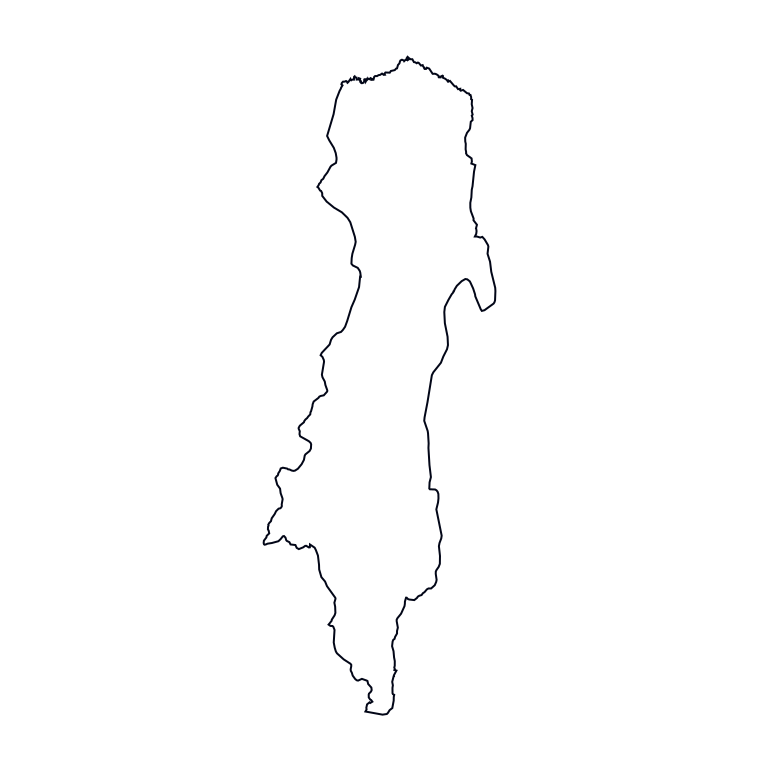 outline of Namentenga, Namentenga, Burkina Faso, rotated 189°
{"feature_id": "67063806B10845212636131", "entity_name": "Namentenga", "entity_type": "district", "adm_level": 2, "iso_a3": "BFA", "parent_name": "Burkina Faso", "parent_adm1": "Namentenga", "projection": "equal_earth", "projection_center": [-0.49, 13.239], "detail": "fine", "context": "isolated", "style": "outline", "palette": "ink", "viewbox_px": 768, "rotation_deg": 189, "n_neighbors": 0, "source": "geoboundaries", "source_scale": "gbopen_adm2", "svg_char_len": 6124}
<svg xmlns="http://www.w3.org/2000/svg" viewBox="0 0 768 768"><g transform="rotate(189 384 384)"><path d="M473.7,267.8L470.3,264.4L469.0,260.0L466.4,255.2L466.1,254.2L466.2,249.1L465.8,247.4L466.2,246.0L467.0,245.0L468.6,244.4L470.7,241.5L471.6,238.5L473.9,233.8L474.2,230.8L475.7,228.6L476.3,226.9L475.9,226.1L476.2,224.9L475.9,222.2L475.0,221.2L474.0,218.5L476.1,215.7L476.2,214.0L478.1,210.5L478.0,208.2L477.5,207.0L476.9,206.6L475.7,207.0L474.0,208.1L469.9,209.4L463.7,212.2L461.8,214.7L460.1,217.7L459.0,218.2L457.3,216.9L456.1,214.4L455.4,213.8L452.7,213.0L451.2,210.9L446.3,211.1L444.6,208.5L442.3,207.6L438.3,210.0L436.5,211.8L435.5,212.0L432.6,210.8L431.7,211.1L432.0,213.9L426.9,211.5L425.3,209.3L422.4,204.2L419.9,195.3L419.0,190.6L415.6,183.4L411.3,179.7L408.7,175.4L398.7,165.3L398.3,164.3L398.8,160.2L397.4,156.4L396.2,150.3L396.6,147.8L398.7,143.1L398.7,141.9L401.1,137.7L399.1,136.7L397.0,136.9L396.1,136.3L394.4,133.4L393.2,120.8L391.4,115.8L389.7,112.3L388.3,110.6L380.7,105.7L373.3,102.4L372.4,101.5L372.2,100.0L372.3,97.0L371.9,95.5L370.6,93.8L369.3,91.1L366.3,88.1L364.6,87.1L363.2,87.0L359.7,89.3L354.8,88.4L353.9,88.1L352.7,85.2L349.0,82.2L348.3,79.8L348.7,78.2L350.4,75.8L350.5,74.7L350.0,72.0L348.3,70.2L347.2,69.8L345.8,68.4L347.7,66.8L348.5,67.3L350.6,64.9L350.8,61.4L350.3,59.9L351.1,57.6L333.7,57.2L329.6,58.5L328.7,59.7L327.4,62.8L325.1,65.2L324.9,72.8L325.4,76.5L325.3,78.6L326.6,79.0L327.2,79.9L328.1,85.2L328.1,87.8L329.3,91.1L328.8,96.5L328.4,96.9L328.7,97.7L326.9,102.9L329.0,103.2L328.7,104.1L329.5,105.6L329.3,107.3L330.0,112.0L331.3,115.6L332.8,121.6L335.0,126.3L335.2,131.1L334.8,132.8L333.7,133.9L333.5,135.9L332.1,139.6L332.5,142.1L332.2,145.5L334.4,151.8L334.6,153.2L334.1,154.8L331.2,159.8L329.0,167.8L329.0,170.1L329.3,172.4L328.8,176.4L328.2,176.5L326.6,175.3L325.3,175.1L320.3,175.3L318.0,177.8L317.3,179.3L316.0,180.4L313.9,181.4L312.9,183.4L311.4,184.8L309.5,187.9L308.1,189.0L305.5,189.4L302.4,193.2L301.5,196.7L301.4,198.8L303.2,204.6L303.5,206.9L303.1,208.4L301.4,211.9L300.7,215.1L301.8,222.9L304.4,232.4L304.3,235.6L303.3,240.4L303.3,243.2L312.7,268.4L312.1,275.4L312.3,279.5L313.1,283.9L314.2,286.0L315.5,287.2L317.0,287.8L322.2,287.2L322.9,287.8L323.6,294.0L323.1,299.4L326.4,311.0L330.1,327.8L330.6,332.3L332.8,342.2L333.5,344.4L338.5,353.9L338.7,357.4L338.2,372.8L338.1,400.2L337.1,403.3L331.1,413.9L329.7,420.4L327.2,428.2L326.9,432.4L328.6,440.6L333.4,453.6L335.7,464.5L335.9,469.7L333.5,477.2L331.2,483.2L330.2,484.8L329.8,486.4L329.5,486.4L329.0,488.6L327.4,492.4L323.4,497.7L320.1,500.4L318.1,500.4L315.3,498.8L314.5,497.7L310.9,492.3L308.1,486.8L307.5,484.8L300.1,472.9L298.8,471.5L296.3,472.6L288.3,480.6L287.7,482.0L287.4,483.9L288.5,493.2L289.2,496.4L295.6,511.6L298.4,521.4L302.1,528.8L302.4,536.0L303.0,537.4L307.2,542.5L309.9,544.7L311.9,543.7L315.3,544.2L317.3,543.9L316.4,546.8L316.5,549.5L317.2,551.7L317.5,552.0L317.1,555.8L321.2,559.7L321.4,561.5L325.2,568.2L326.3,571.6L327.1,576.5L326.9,581.9L327.7,589.6L327.5,593.1L328.3,607.9L328.0,614.5L332.2,615.4L332.0,617.5L332.8,620.5L337.9,623.1L339.1,624.8L339.1,625.8L340.1,628.6L340.8,634.0L341.7,636.3L342.4,640.1L341.3,645.1L339.4,648.5L339.0,650.1L339.3,656.6L337.8,658.5L338.2,660.6L339.3,662.8L338.6,663.9L340.0,667.2L339.7,670.4L341.1,674.0L341.5,678.5L342.5,678.9L342.8,681.0L343.8,683.0L344.7,682.9L345.5,684.2L347.5,684.2L351.9,686.8L354.1,685.7L354.8,686.2L354.9,687.5L357.0,686.8L359.3,689.3L360.4,689.0L361.5,689.6L366.3,693.7L367.6,692.8L368.1,693.6L368.5,693.0L369.5,694.1L371.4,695.1L373.9,695.8L373.9,697.4L374.4,697.7L375.8,696.8L376.2,695.7L377.9,695.5L378.1,695.9L377.9,696.4L378.4,697.0L380.6,698.1L382.2,698.4L384.5,698.0L388.7,702.6L391.2,703.1L391.7,701.8L393.0,701.5L393.6,701.9L393.5,702.5L395.1,703.9L395.7,705.0L397.3,704.3L399.8,706.5L400.8,706.8L401.9,705.9L403.4,706.6L404.8,706.6L406.8,709.2L408.3,708.9L409.4,709.3L410.5,708.3L410.4,709.8L411.9,710.8L412.6,709.3L412.2,707.6L413.4,707.6L414.6,706.0L415.0,706.6L417.0,707.1L418.3,706.2L418.7,705.2L418.9,703.1L420.1,701.3L420.5,697.8L421.4,697.4L422.5,695.7L426.2,694.2L427.0,692.4L431.3,691.9L432.1,690.5L431.5,689.6L432.7,689.3L434.5,690.3L436.2,688.7L437.7,688.2L439.1,687.0L440.9,686.8L441.7,685.9L442.0,682.9L443.7,682.5L443.5,683.5L445.2,684.0L445.8,682.8L447.2,683.1L448.1,681.9L448.4,682.6L449.3,680.0L450.0,682.1L451.0,681.9L451.2,681.2L450.8,680.1L451.3,678.4L452.9,677.6L453.8,677.9L453.9,678.8L454.8,678.9L454.6,679.9L455.5,680.3L455.3,681.8L456.6,682.1L456.7,680.9L458.6,680.4L459.0,682.3L460.3,682.3L461.1,683.3L461.6,682.7L461.3,679.9L463.0,679.7L463.9,678.8L464.4,678.9L464.9,679.9L466.5,676.6L467.2,675.8L468.2,677.1L468.9,677.3L469.9,676.6L471.8,676.2L472.8,674.6L472.9,673.2L471.7,672.5L472.8,669.7L472.8,669.1L473.7,666.6L475.7,657.4L476.0,642.6L479.0,620.1L476.2,616.1L470.5,609.4L467.8,604.5L466.3,600.1L466.0,598.3L466.0,594.9L470.0,591.5L470.8,590.3L473.0,584.1L475.3,579.9L476.1,577.2L477.7,575.5L478.2,573.1L479.4,571.6L479.7,570.0L480.6,568.2L479.5,567.6L477.4,565.1L476.3,564.8L474.9,562.8L474.4,560.1L469.2,555.2L461.0,550.4L452.5,547.0L446.0,542.4L442.6,538.5L435.8,524.8L434.2,520.0L434.3,517.1L435.6,507.7L435.6,503.3L435.0,497.7L433.3,496.2L428.1,494.6L425.7,492.0L424.9,490.4L423.7,486.4L424.4,486.4L423.8,475.8L426.1,462.8L428.2,454.7L430.2,440.5L431.4,434.4L433.1,430.9L434.6,428.7L438.5,426.7L442.1,422.1L443.2,419.4L443.9,414.5L450.3,405.1L451.1,402.5L449.1,401.2L447.2,398.3L446.7,396.6L446.8,383.5L445.8,381.0L442.9,377.2L441.7,373.8L439.3,369.4L438.9,368.4L439.0,367.6L441.7,363.4L444.6,362.3L445.9,361.4L446.6,360.0L450.7,355.7L451.3,352.8L451.2,350.7L451.8,345.5L452.2,344.7L452.1,342.4L453.8,340.0L454.6,338.3L456.0,336.7L456.9,335.0L457.1,333.7L460.6,329.7L461.4,327.5L461.3,326.5L459.8,324.2L459.6,321.2L458.6,319.2L449.2,315.7L447.3,314.4L446.5,313.0L446.1,308.8L447.0,306.2L450.6,302.2L451.1,300.9L451.2,296.6L452.8,291.9L455.8,286.8L458.4,284.5L459.9,284.0L461.7,284.1L463.9,284.8L465.4,284.7L466.4,285.3L470.8,285.5L472.8,284.4L473.3,281.8L474.5,279.1L474.4,278.1L474.7,277.0L475.6,276.1L476.5,274.1L473.7,267.8Z" fill="none" stroke="#020617" stroke-width="2"/></g></svg>